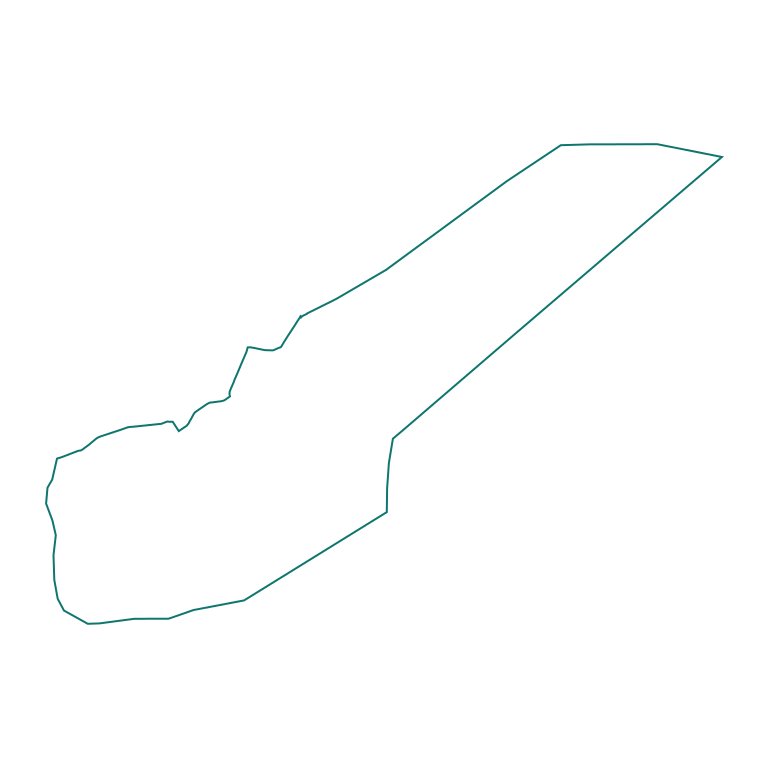 Burg Al-Arab City, Al Iskandariyah, Egypt (Robinson projection)
{"feature_id": "37247803B47778858868079", "entity_name": "Burg Al-Arab City", "entity_type": "district", "adm_level": 2, "iso_a3": "EGY", "parent_name": "Egypt", "parent_adm1": "Al Iskandariyah", "projection": "robinson", "projection_center": [29.584, 30.899], "detail": "fine", "context": "isolated", "style": "outline", "palette": "teal", "viewbox_px": 768, "rotation_deg": 0, "n_neighbors": 0, "source": "geoboundaries", "source_scale": "gbopen_adm2", "svg_char_len": 1626}
<svg xmlns="http://www.w3.org/2000/svg" viewBox="0 0 768 768"><path d="M386.7,269.4L386.7,269.5L336.8,298.6L331.8,301.2L324.3,304.9L307.2,313.4L306.7,314.0L303.6,315.4L302.2,316.2L301.6,316.8L301.6,316.7L300.6,316.1L299.6,317.9L298.7,319.2L296.0,323.4L295.4,324.4L291.7,330.1L288.0,335.7L283.9,342.2L281.4,346.4L280.9,347.1L277.5,348.4L273.8,350.1L273.5,350.2L273.2,350.3L270.5,350.3L266.6,350.2L265.7,350.2L264.1,350.0L254.9,348.1L251.1,347.4L250.3,347.3L250.2,347.3L247.7,347.4L246.4,352.1L244.7,356.0L240.7,365.3L237.0,374.2L234.4,380.0L234.2,381.0L230.5,389.5L229.6,392.0L229.5,394.4L230.0,396.4L228.7,397.3L225.0,399.9L223.7,400.6L221.3,401.2L219.1,401.5L218.1,401.6L212.9,402.3L209.9,402.6L208.3,403.3L205.7,404.9L199.0,409.5L195.3,412.1L194.5,412.9L193.9,413.7L192.1,417.0L190.9,419.3L189.9,420.7L189.0,422.7L187.8,424.5L186.5,425.9L183.8,427.7L182.2,428.8L178.8,431.1L175.4,425.9L174.7,424.8L172.8,421.9L172.6,421.8L172.4,421.7L169.4,421.8L167.6,421.5L165.5,422.2L161.4,423.8L133.5,426.7L130.4,426.9L128.9,427.1L127.5,427.4L119.8,430.1L114.0,432.0L100.6,436.4L97.6,437.7L96.6,438.4L95.9,438.9L94.1,440.4L91.1,442.9L89.9,443.9L89.7,444.2L89.4,444.4L85.2,447.5L82.5,449.5L80.7,450.5L78.2,450.8L61.6,457.2L57.0,458.6L52.2,479.6L47.5,487.7L46.1,503.6L52.4,520.4L55.8,535.2L53.5,555.2L54.3,580.0L57.7,598.8L64.0,610.6L87.8,623.8L99.5,623.4L120.6,620.6L134.4,618.8L168.6,618.7L193.6,610.0L244.1,600.4L386.8,512.1L387.1,488.6L388.9,462.9L392.9,438.7L402.5,430.6L514.6,334.3L616.4,247.2L721.9,157.0L657.3,144.2L616.4,144.3L591.5,144.3L560.8,145.2L506.5,181.4L386.7,269.4Z" fill="none" stroke="#0f766e" stroke-width="2"/></svg>